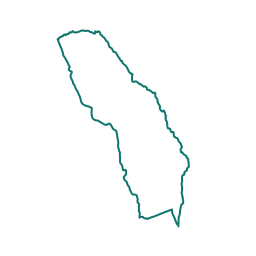 the district of Pandi, Cundinamarca, Colombia, rotated 350°
{"feature_id": "7082276B83110653557136", "entity_name": "Pandi", "entity_type": "district", "adm_level": 2, "iso_a3": "COL", "parent_name": "Colombia", "parent_adm1": "Cundinamarca", "projection": "equal_earth", "projection_center": [-74.479, 4.177], "detail": "fine", "context": "isolated", "style": "outline", "palette": "teal", "viewbox_px": 256, "rotation_deg": 350, "n_neighbors": 0, "source": "geoboundaries", "source_scale": "gbopen_adm2", "svg_char_len": 5834}
<svg xmlns="http://www.w3.org/2000/svg" viewBox="0 0 256 256"><g transform="rotate(350 128 128)"><path d="M160.6,232.9L161.1,231.1L162.2,225.6L162.7,224.3L163.1,223.8L164.1,221.5L164.6,219.8L164.9,218.4L165.5,217.0L165.8,216.1L167.1,213.0L167.4,212.8L168.5,212.0L169.1,211.8L169.4,211.2L169.6,210.0L169.8,207.7L169.7,207.1L169.5,206.7L169.5,206.0L169.9,205.5L169.9,204.9L169.7,204.6L169.6,203.7L169.7,202.7L169.5,201.4L170.6,198.2L170.6,197.4L171.0,196.0L171.0,192.5L171.1,191.9L172.0,190.3L172.1,189.9L172.1,188.8L172.6,187.2L172.5,186.4L172.7,185.7L173.3,184.3L173.5,184.1L175.3,183.6L175.6,183.0L175.6,182.4L175.8,181.5L177.1,180.6L178.5,180.0L178.6,179.8L178.7,179.1L179.2,178.0L181.0,176.9L181.3,176.3L181.4,174.9L181.6,174.0L181.6,173.0L181.7,172.2L181.6,171.6L181.6,171.2L181.8,170.0L181.7,168.8L181.6,168.4L181.3,167.9L180.8,167.7L180.6,167.3L180.6,167.1L180.7,166.5L180.5,165.7L180.2,165.3L179.2,164.5L177.9,163.1L177.7,162.6L177.5,162.3L177.5,162.0L177.3,161.4L177.1,161.3L176.6,161.4L176.2,161.3L176.0,161.0L176.1,160.2L176.0,159.6L176.0,158.7L176.0,158.2L176.9,157.1L177.4,156.7L177.8,156.1L177.9,155.9L177.8,155.5L177.4,154.3L177.3,153.9L177.4,153.3L177.0,152.2L176.6,151.4L176.1,150.9L175.4,149.2L175.3,148.1L175.1,147.8L175.0,146.8L173.9,146.2L173.2,145.6L172.8,145.1L172.3,144.8L171.9,144.1L171.8,143.5L171.9,143.2L172.1,140.9L172.0,140.2L171.8,139.8L171.5,139.6L170.6,139.7L170.0,139.6L169.6,139.1L169.5,137.9L169.5,137.0L169.3,136.2L168.7,135.6L167.8,135.6L167.4,135.4L167.2,134.9L167.0,133.7L167.0,133.2L167.2,132.1L167.3,131.3L167.3,128.6L167.1,127.7L166.5,126.5L166.9,124.9L166.6,124.3L166.6,123.9L166.9,123.6L167.4,123.1L167.6,122.8L167.3,122.2L167.3,121.6L167.1,121.3L167.0,119.5L166.9,118.6L166.3,117.1L165.6,117.2L165.0,117.8L164.7,117.8L164.4,117.6L163.9,117.1L163.1,115.8L162.8,114.6L162.8,113.7L163.2,113.2L163.3,112.9L163.2,111.9L162.9,111.3L161.9,108.6L161.6,107.2L161.8,106.9L161.9,106.2L161.7,104.2L160.8,102.8L160.5,102.1L160.4,101.5L160.5,100.4L160.8,98.9L160.8,98.5L160.7,98.0L160.6,97.8L160.4,97.8L159.7,98.0L158.9,98.0L158.6,97.8L158.3,97.5L157.9,96.7L157.5,96.1L156.3,95.1L155.4,94.2L154.8,94.1L154.2,93.7L153.7,93.7L153.5,93.3L153.3,91.4L153.0,90.9L152.1,90.1L151.7,89.9L151.4,89.8L150.6,90.0L149.3,88.5L148.8,87.7L148.5,87.4L147.9,87.0L147.0,86.8L145.5,84.9L144.3,83.7L143.3,83.4L141.9,83.5L141.2,83.5L140.9,83.4L140.6,83.0L140.4,82.8L140.3,82.2L140.4,80.7L140.7,79.8L140.7,78.6L141.6,76.4L141.7,76.0L141.5,75.6L141.1,75.1L140.6,75.2L140.4,75.1L139.0,73.3L138.6,72.4L138.3,70.8L137.7,69.2L137.6,68.6L136.6,66.2L135.9,65.4L135.5,65.1L135.1,64.7L134.8,64.1L134.3,63.5L133.9,63.0L133.8,62.7L133.8,61.1L133.7,61.0L132.6,60.6L132.4,59.7L131.9,58.9L131.7,58.0L131.7,57.7L131.6,57.4L130.8,56.5L130.4,55.1L129.3,52.0L129.1,51.6L128.8,51.4L128.5,51.3L128.1,50.7L127.3,50.5L126.8,50.2L126.7,49.4L125.8,46.8L125.1,46.0L124.0,45.3L123.8,44.9L123.5,43.7L123.4,42.2L123.4,41.5L123.1,40.0L122.7,39.4L122.0,38.8L121.8,38.6L121.4,38.0L121.3,37.1L120.6,35.9L120.4,35.1L119.2,33.8L118.5,32.9L118.2,32.2L117.5,31.5L117.0,30.8L117.0,30.4L117.2,29.7L117.2,29.2L116.7,28.6L116.4,28.3L115.9,27.7L115.2,27.8L114.7,28.2L114.2,28.2L113.4,27.9L112.8,27.3L112.5,27.2L112.4,27.3L112.3,27.5L112.5,28.1L112.4,28.7L111.9,29.2L111.3,29.2L110.3,28.7L109.2,27.5L108.9,27.3L108.0,27.2L107.5,27.0L106.5,25.9L105.1,25.1L103.3,25.2L102.5,24.6L101.5,24.7L100.9,24.3L99.9,24.0L98.7,24.0L97.1,24.6L95.8,24.7L95.1,24.9L94.3,24.9L93.9,24.8L92.3,24.8L91.4,24.3L90.6,23.2L90.0,23.1L89.8,23.2L89.4,23.8L89.0,24.0L88.4,24.1L87.7,23.6L87.2,23.7L86.2,24.3L85.7,25.0L85.2,25.1L84.4,24.9L83.7,25.0L82.9,25.7L82.5,25.7L82.0,25.0L81.3,24.9L80.5,25.4L79.8,26.2L79.5,26.3L78.2,26.3L77.9,26.6L77.0,26.7L76.1,27.1L75.2,28.1L74.9,28.2L74.2,28.3L74.2,28.8L74.4,29.5L74.7,31.9L75.0,33.0L75.2,33.7L75.5,35.3L75.7,36.4L76.2,37.7L76.3,39.0L76.6,40.3L76.9,42.7L77.0,45.1L77.0,45.6L77.2,46.1L77.9,47.4L78.6,49.2L79.3,51.4L79.7,52.2L79.9,53.0L80.4,55.4L81.1,57.0L81.1,57.8L81.0,58.2L80.4,58.7L80.0,59.4L79.8,59.9L79.9,60.3L80.3,61.1L80.6,61.5L82.0,62.5L82.4,63.0L82.1,64.0L80.9,65.6L80.4,66.7L80.4,68.5L81.2,70.8L81.2,71.4L81.8,73.0L81.6,74.5L82.5,76.2L82.9,77.2L83.0,77.8L83.2,79.6L84.1,81.9L84.8,83.9L85.5,87.0L85.9,88.2L86.2,90.0L86.4,93.6L86.5,94.5L86.8,95.1L87.6,96.6L88.9,97.8L90.8,99.0L92.8,99.8L93.8,100.7L95.3,101.4L95.8,102.1L95.6,103.2L94.8,106.2L94.6,108.2L94.5,109.8L94.7,111.6L94.9,112.1L95.5,113.2L96.4,114.2L98.6,115.2L100.3,115.8L101.2,117.0L102.2,117.6L102.7,118.2L105.6,120.6L106.4,121.0L107.4,121.2L109.9,120.4L110.5,120.4L110.9,120.7L111.5,121.6L111.8,122.3L112.7,125.0L113.3,126.4L113.6,126.8L114.7,127.6L115.4,128.3L115.7,128.9L115.9,129.5L116.0,130.2L116.1,131.6L115.9,135.1L116.0,137.1L116.0,139.4L115.8,141.3L115.1,143.7L114.9,144.5L115.2,146.3L115.2,148.2L115.8,150.7L115.7,151.2L115.2,153.0L115.1,155.2L114.8,157.1L114.3,159.8L114.3,160.3L114.5,161.6L115.1,162.5L115.6,163.6L115.7,166.4L115.7,167.1L115.8,168.0L116.0,168.8L116.5,169.0L116.9,169.0L118.0,168.7L118.7,169.5L118.8,170.0L118.3,172.0L118.2,172.8L118.2,173.0L117.2,174.0L116.5,174.6L116.2,174.7L115.4,175.4L115.2,176.2L115.3,177.3L115.4,177.9L115.7,178.7L116.2,179.4L117.2,180.5L117.4,181.2L117.4,181.9L117.6,182.4L117.7,183.8L117.9,184.5L118.7,185.6L119.0,186.6L119.1,188.9L119.3,189.7L120.4,193.2L120.7,193.8L121.2,194.3L121.7,194.5L123.2,194.7L123.8,194.9L124.8,195.8L124.9,196.5L125.2,199.9L124.6,201.6L124.6,202.8L124.8,203.3L125.7,204.8L125.7,205.8L125.0,206.8L125.0,207.8L124.7,209.9L124.2,211.7L124.2,212.1L124.9,213.3L124.9,214.2L124.0,216.7L123.9,218.1L125.9,217.8L126.6,218.0L127.1,218.0L127.3,218.2L127.7,219.0L128.9,220.0L129.4,220.2L130.2,220.1L131.2,220.7L131.6,220.9L135.5,220.0L138.3,219.7L150.3,217.1L157.0,216.0L156.8,219.3L156.9,219.8L158.3,225.2L158.8,228.0L159.4,230.4L159.9,231.6L160.6,232.9Z" fill="none" stroke="#0f766e" stroke-width="2"/></g></svg>